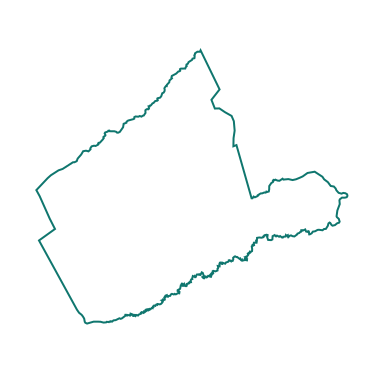 the district of Saladas, Corrientes, Argentina, rotated 186°
{"feature_id": "61730980B15780158540393", "entity_name": "Saladas", "entity_type": "district", "adm_level": 2, "iso_a3": "ARG", "parent_name": "Argentina", "parent_adm1": "Corrientes", "projection": "natural_earth1", "projection_center": [-58.717, -28.241], "detail": "fine", "context": "isolated", "style": "outline", "palette": "teal", "viewbox_px": 384, "rotation_deg": 186, "n_neighbors": 0, "source": "geoboundaries", "source_scale": "gbopen_adm2", "svg_char_len": 5962}
<svg xmlns="http://www.w3.org/2000/svg" viewBox="0 0 384 384"><g transform="rotate(186 192 192)"><path d="M347.0,177.6L343.1,172.0L330.7,150.6L324.4,140.9L339.1,127.8L294.1,62.9L291.7,60.1L288.9,58.3L287.4,56.7L286.0,54.8L285.1,51.7L284.4,50.8L282.6,50.2L276.2,52.8L269.7,53.4L266.3,52.9L263.7,53.4L263.2,54.0L261.0,53.9L260.6,54.5L259.3,54.5L259.1,55.0L257.8,54.8L256.7,56.1L254.5,56.6L251.0,58.8L249.7,58.4L248.5,59.0L245.3,62.0L245.4,62.9L244.7,63.0L244.2,62.3L243.6,62.3L243.1,63.0L241.0,62.7L240.8,63.7L240.1,63.7L240.0,63.1L239.1,63.8L239.4,64.3L237.9,63.9L237.5,63.6L237.6,62.7L236.9,62.6L236.4,62.8L236.6,63.4L236.2,63.8L235.6,63.8L235.1,62.9L234.2,63.9L232.8,63.5L232.3,64.4L229.6,65.9L229.3,66.6L229.9,66.9L229.5,67.3L228.1,67.2L227.5,66.7L226.9,67.2L227.1,68.1L226.1,67.9L225.6,68.4L225.9,69.1L225.2,69.1L225.3,69.7L224.5,69.5L224.1,70.0L224.4,70.6L223.4,70.9L222.9,69.8L221.8,70.5L221.7,71.3L220.9,71.2L220.0,72.4L219.0,72.3L219.0,73.1L218.4,73.5L218.8,74.1L217.8,75.2L216.5,74.9L215.8,76.3L215.2,76.6L214.7,76.3L214.5,77.0L212.2,76.9L211.0,77.6L210.2,78.7L210.2,79.9L209.6,79.9L209.5,80.6L210.6,81.1L209.8,81.5L209.7,82.1L208.0,81.9L207.8,82.4L208.5,84.1L207.8,84.4L208.0,85.2L207.5,86.2L206.3,86.8L206.0,85.4L204.9,85.3L204.5,86.1L202.8,86.5L202.3,87.9L201.3,88.6L199.3,88.2L198.6,88.9L197.4,88.5L195.3,90.0L194.1,89.9L194.0,91.4L194.9,92.2L195.4,91.8L196.0,92.1L196.0,92.9L193.7,94.5L193.4,97.9L192.8,98.0L192.5,98.5L192.8,99.2L192.6,99.8L191.4,99.8L190.9,99.3L191.9,98.3L191.6,97.7L189.8,97.9L189.6,99.1L188.9,97.9L188.1,97.7L187.5,98.1L187.4,100.1L185.7,100.6L185.3,101.0L185.8,101.3L185.0,102.2L183.6,102.3L184.1,103.8L183.6,105.0L182.6,105.4L182.8,106.0L182.4,108.5L181.2,108.1L180.7,108.7L180.0,107.6L179.5,107.7L178.6,110.4L175.9,111.0L176.0,110.4L174.9,110.4L173.9,113.1L172.9,112.7L171.5,109.8L171.6,109.1L172.7,108.5L171.7,107.6L171.0,107.4L170.2,108.5L170.8,108.9L171.0,109.6L169.6,109.4L169.5,108.8L168.8,108.5L168.1,108.8L167.2,110.3L165.8,110.3L165.5,110.8L165.1,110.5L165.4,109.8L164.3,109.6L163.9,111.2L165.1,111.7L163.9,113.4L163.4,113.4L163.0,112.7L162.4,113.3L163.2,115.3L162.7,115.8L160.4,115.5L158.4,116.6L158.6,118.4L158.1,118.9L158.0,119.6L158.6,121.1L156.8,121.0L156.9,122.5L157.3,123.1L156.8,123.7L156.9,124.6L156.4,124.8L154.8,123.6L154.2,123.6L153.9,124.2L154.1,124.8L151.5,124.2L150.8,125.5L148.7,126.4L148.3,127.0L148.3,127.9L147.7,128.1L146.0,127.2L145.9,127.8L144.4,127.7L143.9,129.3L144.2,130.9L142.9,132.3L142.3,132.5L141.0,131.9L140.3,132.1L137.6,130.4L137.1,130.9L136.3,129.7L135.4,130.0L135.5,129.1L135.0,128.9L132.8,129.7L132.5,131.0L131.6,129.9L130.2,129.8L130.2,130.4L131.3,131.5L130.6,132.0L131.1,132.5L131.0,133.2L131.6,133.3L130.4,134.0L129.6,135.2L130.1,136.5L129.6,137.0L129.0,136.6L128.0,137.6L128.5,138.1L128.2,138.8L127.4,138.5L126.1,139.5L126.2,141.6L126.9,144.2L126.4,144.8L126.3,145.7L125.7,145.9L125.3,145.2L124.7,145.6L125.3,147.4L125.1,148.1L122.5,148.3L122.4,149.8L123.0,149.7L123.2,150.3L122.4,151.8L122.5,153.2L120.3,153.8L118.0,153.8L116.3,154.5L116.5,155.1L116.2,155.6L115.3,155.9L115.3,156.6L113.3,157.3L112.3,157.1L112.3,155.9L112.7,155.4L111.3,152.3L108.3,152.4L107.1,153.2L107.2,156.5L105.3,157.8L104.2,156.7L103.6,156.7L103.3,157.4L102.8,157.5L100.7,156.6L99.8,157.4L97.6,156.1L96.8,156.3L96.6,157.0L94.3,157.5L94.1,158.9L93.5,158.4L92.3,159.1L92.2,157.9L91.6,157.1L90.2,158.7L89.0,159.2L87.5,158.6L85.5,158.5L83.0,160.8L82.8,161.6L81.0,162.5L79.9,163.9L79.4,163.9L79.1,164.5L79.3,165.4L78.4,165.6L77.8,165.2L75.5,166.6L74.4,164.6L72.6,164.4L72.3,165.2L71.7,165.0L71.0,162.1L70.4,162.2L68.7,163.4L67.7,165.2L65.5,165.8L63.2,167.4L61.9,167.7L58.2,167.6L56.8,169.0L55.0,169.3L53.4,172.5L53.0,175.0L52.0,176.0L51.3,175.7L49.7,173.7L48.7,173.2L46.4,174.0L44.3,176.1L42.5,176.9L42.1,178.0L43.2,180.6L45.3,182.2L45.7,183.0L45.5,188.8L43.8,195.4L44.5,199.1L44.2,200.2L42.2,202.1L39.5,202.3L37.6,203.0L37.0,204.4L37.5,205.9L39.3,206.8L41.5,206.9L43.1,206.0L46.1,206.5L48.6,208.8L49.5,210.5L51.5,212.3L54.7,212.5L57.9,216.0L61.9,218.4L63.9,220.8L72.1,225.0L79.1,223.0L83.5,219.1L86.2,217.5L89.9,215.5L93.2,214.4L97.5,214.9L102.4,213.9L103.3,214.7L106.2,212.3L108.2,212.3L110.4,213.0L110.9,212.5L112.2,212.6L112.7,211.6L112.3,211.1L112.6,210.3L114.0,209.3L115.8,206.0L115.5,202.7L115.7,200.5L117.5,199.8L118.1,200.1L118.4,199.3L119.0,199.0L120.0,199.1L122.0,198.0L123.4,197.8L124.9,196.8L125.7,195.6L126.3,195.6L126.5,194.7L128.9,193.3L130.2,193.9L131.2,192.1L132.1,192.0L152.7,243.3L155.6,241.8L156.3,249.9L156.0,257.5L157.8,266.8L160.6,271.8L167.5,274.8L173.5,278.0L178.0,277.4L182.3,285.7L175.3,296.9L198.3,333.8L198.8,332.3L201.3,332.1L203.5,330.2L203.5,328.7L204.0,328.2L203.5,326.9L203.6,325.3L205.4,324.7L205.8,323.4L209.0,320.8L209.5,319.2L210.8,318.2L210.9,317.3L210.4,316.7L211.3,315.4L211.6,314.1L216.1,313.5L216.8,312.9L216.4,311.4L216.8,310.9L218.2,310.4L220.1,308.1L224.2,305.3L224.4,303.7L223.8,303.0L226.0,300.6L226.1,298.7L228.1,296.1L228.2,294.7L228.9,294.8L230.0,293.0L230.3,292.2L229.8,290.8L229.9,289.3L230.6,287.9L231.9,287.1L232.6,284.0L233.6,282.5L236.1,281.6L236.3,281.0L235.6,279.7L236.0,279.2L238.1,278.6L239.6,276.5L240.5,276.1L241.9,273.9L242.9,273.5L243.0,272.8L244.1,272.7L243.5,270.4L244.3,269.6L245.3,269.8L246.7,268.8L246.9,268.1L246.5,265.8L248.0,263.0L249.0,262.7L250.1,261.7L251.9,262.1L253.2,261.3L256.1,261.2L257.2,260.4L257.1,258.9L258.0,258.3L263.0,256.4L264.4,255.1L264.5,254.0L267.1,252.7L267.3,249.2L270.1,244.2L271.6,243.3L272.8,243.2L273.5,243.9L275.7,244.3L278.9,243.9L280.3,243.9L280.6,244.4L281.6,244.2L282.1,243.3L284.6,242.1L285.0,241.2L284.0,239.5L284.2,238.9L285.8,237.6L285.8,236.9L285.4,236.4L286.2,234.9L288.8,231.4L290.1,231.1L290.4,230.4L290.0,229.8L290.3,229.3L292.7,227.7L294.3,227.8L296.6,226.9L297.7,224.8L297.4,223.8L299.2,221.6L301.7,222.0L304.5,221.2L306.1,217.7L309.2,213.3L309.9,210.6L312.0,209.3L313.5,209.1L323.1,201.4L327.0,199.6L334.1,193.9L337.0,190.7L347.0,177.6Z" fill="none" stroke="#0f766e" stroke-width="2"/></g></svg>